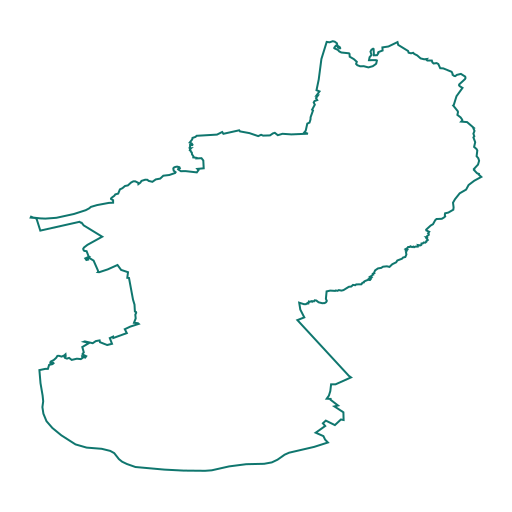 Krāslavas pag., Kraslavas, Latvia (Robinson projection)
{"feature_id": "27541924B24537729982131", "entity_name": "Krāslavas pag.", "entity_type": "district", "adm_level": 2, "iso_a3": "LVA", "parent_name": "Latvia", "parent_adm1": "Kraslavas", "projection": "robinson", "projection_center": [27.246, 55.909], "detail": "fine", "context": "isolated", "style": "outline", "palette": "teal", "viewbox_px": 512, "rotation_deg": 0, "n_neighbors": 0, "source": "geoboundaries", "source_scale": "gbopen_adm2", "svg_char_len": 5940}
<svg xmlns="http://www.w3.org/2000/svg" viewBox="0 0 512 512"><path d="M445.1,213.3L448.3,212.6L453.3,209.7L453.6,207.4L453.0,202.7L455.0,199.2L459.7,193.3L466.1,189.6L468.6,185.0L474.3,180.7L481.3,176.9L478.7,174.5L478.9,173.9L477.0,173.2L474.0,170.0L474.3,169.7L473.9,169.0L478.0,164.6L479.1,160.8L478.3,158.2L476.6,156.2L477.3,150.5L476.5,149.0L474.1,146.9L475.2,142.2L473.4,137.4L474.3,136.3L473.4,133.7L474.5,130.9L473.3,128.1L473.8,127.9L467.1,122.1L461.2,121.6L462.3,120.4L462.2,119.7L460.6,117.4L457.4,114.9L458.0,112.0L457.7,111.1L453.2,105.5L453.7,105.2L456.5,96.2L462.5,87.9L459.6,86.1L459.0,85.1L459.3,84.3L465.0,79.1L465.5,78.0L465.2,76.6L460.9,73.9L456.8,74.9L455.3,76.1L454.3,76.0L452.6,74.8L452.5,73.6L451.6,71.8L443.3,68.4L440.2,68.2L438.3,64.0L436.6,63.1L433.6,63.5L432.4,62.4L431.8,60.5L427.3,60.5L426.2,59.6L426.7,59.0L424.2,59.3L420.6,58.4L417.2,55.4L414.2,53.9L413.2,52.8L411.0,53.3L408.6,52.7L408.1,51.0L398.2,44.9L397.5,42.1L388.4,46.5L382.4,47.4L382.6,50.5L378.4,52.1L378.1,52.6L378.3,53.3L377.0,55.2L373.9,55.3L373.6,49.0L373.1,48.7L371.5,49.7L370.5,51.6L371.5,55.0L369.6,57.2L369.0,60.2L375.9,60.1L376.9,60.5L376.2,63.6L375.6,64.2L372.8,66.2L368.4,67.4L363.8,66.2L360.2,66.3L357.3,65.2L356.1,63.9L356.8,61.8L353.8,59.1L349.7,56.7L349.5,53.9L349.0,53.3L341.3,52.5L339.2,51.4L337.9,49.9L334.6,48.4L334.2,48.0L334.5,47.4L335.8,45.7L337.1,45.9L337.9,47.4L339.9,48.4L340.2,48.1L339.8,47.2L337.4,45.6L336.9,43.3L334.8,41.7L332.8,41.2L329.6,42.3L326.7,41.9L321.4,59.0L318.7,79.7L316.5,90.2L319.5,91.4L316.4,95.6L317.9,95.5L316.0,98.1L317.2,100.1L314.6,101.0L313.7,102.4L314.8,104.7L312.1,109.7L313.0,110.5L310.6,117.2L310.5,119.4L309.9,121.4L309.5,122.6L307.3,123.6L305.7,130.7L304.3,132.4L307.9,133.7L291.4,134.4L282.5,133.8L277.8,135.2L274.8,132.8L272.9,133.4L270.0,135.4L263.1,135.6L261.1,134.8L258.2,136.1L249.4,133.1L240.0,131.4L239.2,130.3L223.4,133.8L222.2,132.0L217.0,134.6L196.6,135.8L195.5,136.9L192.5,137.9L192.2,139.4L189.7,142.6L191.7,143.5L192.5,144.7L192.3,145.1L190.1,145.0L190.1,146.6L189.5,147.9L189.9,148.4L190.9,148.3L190.1,149.0L189.8,150.2L190.6,150.5L190.8,151.6L191.8,152.5L192.0,154.3L193.5,156.5L193.3,157.4L196.4,157.8L197.0,158.0L196.8,158.4L201.5,158.2L203.3,160.5L203.7,168.3L197.4,168.9L198.5,170.1L196.8,172.4L185.5,171.1L180.9,171.2L178.1,169.3L178.4,168.5L179.8,168.1L179.4,167.2L177.1,166.6L175.1,167.0L173.7,167.7L173.3,168.6L173.7,170.7L175.6,172.2L175.1,173.0L169.3,175.0L163.3,175.7L160.2,178.6L155.8,179.4L152.4,181.8L148.6,180.9L147.4,179.8L145.2,179.7L141.5,180.9L140.3,182.7L138.4,184.1L138.2,182.8L135.2,181.3L133.4,181.3L131.1,182.5L127.9,185.4L125.0,186.0L122.4,188.2L119.9,189.4L118.2,193.6L115.3,194.4L114.3,195.8L111.7,197.7L111.0,198.5L111.1,199.1L113.1,200.2L113.1,202.7L108.8,202.9L97.0,205.1L90.9,206.9L89.1,208.4L85.7,210.2L73.9,214.0L56.4,217.8L45.4,218.6L40.5,218.4L33.3,217.6L31.1,216.7L30.7,217.6L35.3,218.0L36.6,218.9L40.3,230.6L79.6,221.8L80.7,222.7L81.6,222.7L83.7,225.4L102.2,236.7L87.5,244.8L84.0,247.5L83.2,248.8L83.4,249.8L84.3,250.9L86.6,251.2L88.6,256.4L89.1,256.7L85.3,258.4L86.4,260.0L87.7,259.7L87.3,259.1L89.5,258.1L93.6,260.6L97.8,270.2L98.3,271.8L98.0,272.1L99.2,272.2L107.7,269.4L117.5,265.0L121.1,269.9L128.0,272.2L127.3,277.8L129.0,278.0L133.0,299.6L134.5,304.6L134.9,311.5L135.9,311.9L136.2,312.8L135.3,314.7L135.7,318.4L134.0,322.8L137.9,323.2L138.7,323.9L130.3,326.6L124.8,329.2L126.8,333.1L113.3,338.0L113.1,336.6L109.8,338.1L112.0,343.8L107.1,345.0L100.0,342.2L99.6,340.4L95.8,341.1L92.7,343.2L84.8,341.4L84.0,341.7L89.1,343.0L82.3,347.0L83.8,352.4L82.6,353.8L82.6,354.5L86.2,356.2L85.2,357.6L82.2,356.6L82.5,358.0L80.8,359.1L76.9,358.7L71.7,359.9L69.1,357.9L67.0,358.6L65.0,357.9L64.6,357.3L65.7,356.1L65.5,354.3L64.3,355.4L61.6,356.6L58.9,355.8L57.4,355.9L56.2,357.8L53.8,360.0L50.7,361.6L50.3,362.8L50.9,363.2L53.1,362.8L53.5,363.2L52.5,364.1L49.1,364.9L47.9,368.9L45.2,368.9L39.4,370.1L40.5,383.2L42.6,395.5L43.2,401.3L42.4,407.1L43.4,413.7L46.5,421.2L52.4,428.0L61.3,435.3L75.5,444.4L86.6,447.6L101.7,448.8L110.2,450.9L114.2,453.1L118.9,459.1L122.1,461.7L126.9,464.0L135.4,467.0L164.3,469.6L183.6,470.6L205.2,470.8L211.8,470.3L229.1,466.4L246.2,464.2L264.1,463.8L271.8,462.4L277.5,459.7L284.6,454.7L289.1,452.7L314.1,446.9L327.9,442.5L325.1,439.6L323.4,436.1L315.7,432.7L325.2,426.0L322.9,423.3L325.8,420.6L334.9,425.1L340.9,419.5L343.6,420.0L343.4,412.3L334.4,406.4L338.0,405.5L330.6,399.8L330.6,398.9L326.7,398.7L328.9,395.6L330.3,391.1L331.1,384.3L335.6,384.3L351.0,377.4L348.8,375.8L297.4,320.1L304.3,317.4L300.3,309.6L299.2,302.7L304.0,304.2L305.9,304.2L307.4,303.1L307.8,303.6L308.4,303.5L308.9,301.5L309.8,301.8L311.3,301.2L312.0,301.7L312.3,301.2L314.0,301.3L314.7,300.3L316.3,300.5L318.6,302.3L322.2,303.2L324.6,303.1L326.1,302.2L326.8,300.9L325.9,298.8L326.6,291.4L330.2,290.6L335.2,290.9L335.7,290.5L337.6,290.8L338.8,290.1L341.5,290.6L343.5,290.1L348.8,286.8L351.3,286.5L353.0,284.9L355.3,285.2L356.2,284.4L361.4,284.3L362.4,282.8L363.9,282.4L364.0,281.7L365.1,281.0L368.1,279.8L370.0,280.0L370.7,279.1L369.4,278.3L371.3,277.5L370.1,276.7L372.3,275.5L372.6,274.4L373.1,274.4L372.9,273.7L374.2,273.2L374.0,272.9L375.1,270.4L378.0,268.4L381.2,267.9L383.0,266.7L386.9,266.3L389.5,266.9L392.3,264.2L396.2,262.3L397.3,260.5L402.0,258.7L403.1,257.5L405.3,257.0L406.4,254.5L406.0,252.5L406.5,251.2L406.0,250.9L406.8,250.1L405.7,250.1L405.5,249.6L407.0,249.6L406.9,249.0L406.1,248.8L407.7,247.8L408.1,247.0L409.8,247.0L410.4,246.3L412.1,247.1L413.4,246.6L414.1,247.2L415.4,246.6L417.7,246.6L417.7,245.9L418.8,245.6L418.4,245.1L420.5,245.4L421.3,244.9L421.5,243.5L422.8,243.4L423.7,242.5L425.2,242.7L426.3,241.8L426.2,241.3L427.8,240.0L426.4,238.2L427.0,237.8L426.1,237.1L426.9,237.0L427.0,236.2L428.8,234.8L428.7,233.8L428.1,233.3L429.2,231.8L426.3,230.4L426.2,229.6L430.7,225.5L433.0,224.2L435.2,220.2L436.5,219.0L441.8,218.8L444.1,217.4L445.2,216.4L444.8,215.1L445.1,213.3Z" fill="none" stroke="#0f766e" stroke-width="2"/></svg>